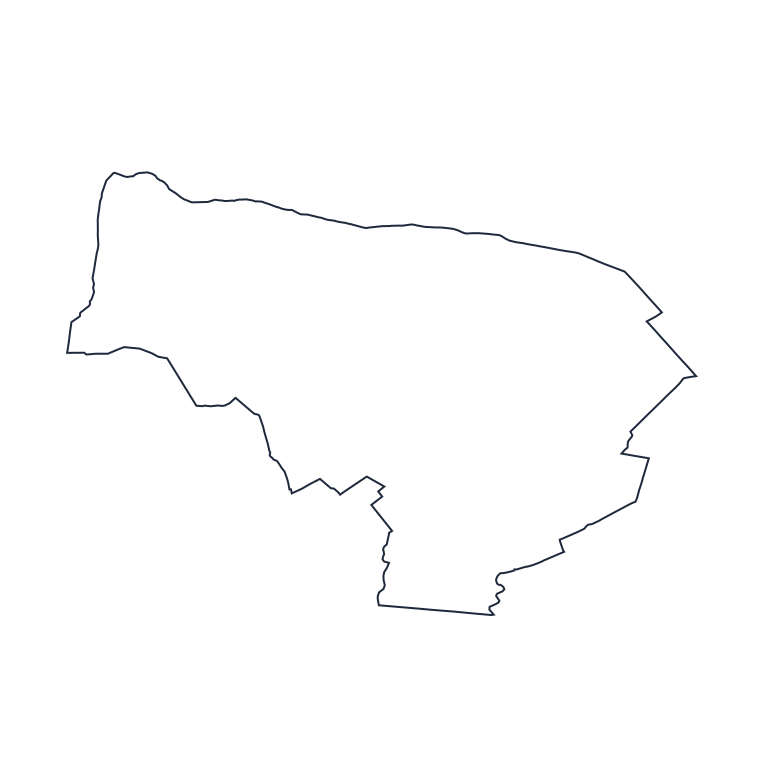 the district of Piscolt, Satu Mare, Romania, rotated 353°
{"feature_id": "2599482B22102589604948", "entity_name": "Piscolt", "entity_type": "district", "adm_level": 2, "iso_a3": "ROU", "parent_name": "Romania", "parent_adm1": "Satu Mare", "projection": "equal_earth", "projection_center": [22.262, 47.586], "detail": "fine", "context": "isolated", "style": "outline", "palette": "slate", "viewbox_px": 768, "rotation_deg": 353, "n_neighbors": 0, "source": "geoboundaries", "source_scale": "gbopen_adm2", "svg_char_len": 6154}
<svg xmlns="http://www.w3.org/2000/svg" viewBox="0 0 768 768"><g transform="rotate(353 384 384)"><path d="M637.8,490.0L624.1,485.9L611.3,482.0L614.2,479.4L615.0,478.7L616.8,477.5L617.9,476.9L618.0,476.7L618.4,474.3L619.0,471.4L620.0,469.9L622.1,467.9L623.5,466.5L623.9,465.9L624.1,465.3L624.1,464.8L623.8,464.1L623.5,463.0L622.8,461.3L633.5,453.1L643.5,445.4L656.9,435.2L663.6,430.0L673.4,422.7L677.7,419.2L681.1,415.7L682.6,414.7L690.7,414.3L694.7,414.2L688.8,405.6L684.8,399.9L683.5,398.2L677.7,390.0L671.6,381.1L662.7,368.5L662.2,367.7L658.2,361.9L652.4,353.9L662.4,350.0L664.9,348.7L668.5,346.8L665.8,342.8L658.0,331.8L649.7,319.8L641.2,308.0L636.6,301.8L624.3,295.3L617.2,291.6L614.2,289.9L611.1,288.2L605.9,285.1L604.0,284.1L601.3,282.6L599.1,281.3L593.6,278.2L591.7,277.4L590.0,276.8L588.1,276.3L586.6,275.8L580.2,274.1L574.3,272.3L559.1,267.4L555.3,266.3L551.5,265.0L548.6,264.2L542.7,262.4L538.6,261.0L534.3,259.9L531.1,258.9L525.8,256.9L525.3,256.5L522.8,254.9L522.0,254.3L519.4,252.1L518.3,251.3L517.1,250.5L516.0,250.1L510.4,248.9L507.8,248.3L507.5,248.1L497.6,246.1L497.2,246.0L490.2,245.1L485.1,244.8L483.0,244.4L480.3,243.1L476.6,240.8L474.6,239.8L471.9,238.6L470.7,238.2L464.5,236.7L460.6,235.8L458.8,235.5L455.0,235.0L453.1,234.7L448.7,233.9L446.2,233.5L444.4,233.2L442.0,232.5L440.1,231.9L437.7,231.1L436.1,230.7L433.7,229.7L430.6,229.0L428.7,229.0L424.7,229.1L422.8,229.1L420.0,228.9L417.5,228.5L414.6,228.3L410.1,227.8L409.6,227.9L409.3,228.0L405.9,227.6L401.3,227.1L398.7,227.1L395.6,227.0L391.9,227.0L390.1,226.9L388.7,226.9L385.9,227.0L385.4,227.0L384.7,226.9L380.4,225.4L376.0,223.5L372.8,222.3L371.8,221.8L370.8,221.4L368.8,220.8L368.3,220.6L366.8,220.0L365.5,219.4L361.3,218.3L357.7,217.2L354.2,215.7L353.2,215.5L349.3,214.5L348.2,214.2L347.1,213.8L344.3,212.5L343.5,212.1L341.8,211.3L341.3,211.1L339.5,210.6L338.7,210.4L337.8,210.0L336.7,209.5L334.2,208.6L328.7,206.5L328.0,206.4L326.7,206.2L325.0,205.9L323.5,205.7L322.2,205.4L321.5,205.1L315.9,201.5L313.8,200.0L312.8,199.9L311.0,199.7L310.0,199.5L309.0,199.3L308.0,199.0L305.4,198.1L304.4,197.8L302.3,196.7L301.1,196.0L300.1,195.6L299.0,195.2L297.1,194.2L296.4,193.9L292.3,191.7L287.2,189.3L285.1,188.2L284.2,187.9L283.2,187.8L281.6,187.5L280.0,187.2L278.7,187.2L277.2,186.4L275.6,185.7L273.4,185.0L272.0,184.6L271.0,184.3L270.2,184.0L266.5,183.7L264.7,183.6L264.1,183.5L262.8,183.3L261.2,183.5L259.0,183.6L257.9,184.0L256.9,183.7L255.1,183.4L253.9,183.4L250.5,183.2L249.3,183.1L248.0,182.9L247.1,182.7L245.8,182.2L244.1,181.8L243.1,181.7L241.9,181.4L239.6,180.7L238.4,180.5L237.7,180.6L234.6,181.3L231.5,181.8L231.1,181.8L225.7,181.3L219.4,180.7L217.4,180.5L215.7,180.3L214.5,179.9L212.0,178.4L207.9,176.2L205.9,174.6L205.2,174.0L203.5,172.4L202.9,171.7L202.6,171.3L200.3,169.1L199.5,168.4L198.4,167.6L197.8,167.1L196.7,166.2L195.5,165.1L195.1,164.8L194.5,164.4L194.3,164.0L193.9,162.9L193.4,161.5L193.1,160.7L192.7,160.0L192.3,159.6L191.3,158.2L190.4,157.0L189.1,155.9L188.4,155.4L187.8,155.1L187.0,154.8L186.2,154.3L185.7,153.8L184.0,152.3L183.7,151.9L183.2,150.7L182.5,149.6L181.3,148.5L179.7,147.3L178.2,146.5L175.5,145.3L174.6,145.1L171.9,145.0L167.1,144.8L165.4,145.0L164.1,145.3L162.7,145.8L160.5,147.2L159.8,147.2L158.3,147.1L155.6,147.2L154.3,147.2L151.8,146.4L150.5,145.7L146.0,143.3L142.5,141.6L141.3,141.6L133.2,148.2L131.7,151.2L129.5,155.8L127.2,160.5L126.4,164.4L124.3,168.6L122.8,174.9L121.3,180.2L119.9,185.9L118.7,196.8L118.6,197.3L118.0,201.7L117.5,211.0L116.3,215.5L115.0,218.6L112.0,228.8L110.2,235.2L107.6,243.5L108.3,249.2L108.2,250.2L107.3,251.9L107.0,254.1L107.4,256.1L107.4,257.2L107.0,258.3L106.6,259.2L105.4,261.5L104.8,263.0L103.8,264.6L103.4,265.1L102.6,265.6L102.2,266.0L102.0,266.8L102.0,267.7L102.0,268.5L101.8,269.0L101.4,269.9L100.1,271.0L96.9,272.8L94.4,274.4L92.1,275.7L91.2,276.3L90.3,279.8L81.3,284.5L78.6,294.6L76.2,304.3L73.3,314.5L90.2,316.4L92.1,318.4L94.9,318.6L101.2,318.8L113.6,320.3L125.0,317.1L129.7,315.9L130.9,315.8L145.8,319.1L157.0,325.0L163.4,329.5L171.9,332.1L195.1,382.7L201.1,383.9L203.4,383.6L209.3,385.0L212.0,385.0L216.6,385.1L220.1,385.9L222.2,386.1L224.0,385.8L228.6,384.2L234.8,379.7L235.0,379.7L250.1,396.2L250.9,397.0L251.1,397.2L252.0,397.9L252.7,398.3L253.9,398.5L255.5,399.3L255.8,399.6L256.1,399.9L256.6,401.0L256.9,402.5L258.8,411.6L259.4,417.1L261.4,429.4L262.0,435.9L262.7,438.5L262.6,438.8L262.1,439.9L262.0,440.4L261.9,440.9L262.1,441.4L262.5,442.2L263.9,443.5L265.1,445.4L266.9,446.5L268.5,447.4L270.4,451.0L271.6,453.6L272.5,455.4L274.6,458.7L276.1,465.3L276.9,470.4L277.3,477.2L278.8,477.2L279.0,480.3L279.2,481.2L279.2,481.3L289.5,478.0L299.0,474.0L308.9,470.4L318.6,481.0L321.6,481.7L325.6,486.2L326.9,488.5L333.4,485.0L355.6,473.8L371.8,485.8L365.2,489.9L368.5,495.5L356.7,502.5L374.1,530.8L371.2,532.1L370.7,532.9L370.6,533.8L367.1,543.7L364.9,545.0L363.5,546.6L362.9,548.7L363.2,549.7L363.4,552.8L361.8,555.7L361.2,557.9L361.9,559.2L362.6,560.3L367.2,562.1L364.4,567.0L361.3,570.7L360.1,574.1L359.7,578.5L360.3,583.7L358.5,587.4L353.7,590.2L352.1,593.5L351.6,596.0L351.9,603.0L391.1,611.2L404.6,614.1L426.1,618.5L443.7,622.4L462.5,626.4L464.8,626.3L461.1,620.8L461.7,618.0L464.7,617.1L468.0,616.1L471.1,614.8L472.1,613.2L469.5,608.2L470.0,606.7L470.8,605.9L476.2,604.3L478.4,602.5L477.7,599.9L476.7,598.9L475.4,597.7L474.6,597.5L474.1,597.4L473.0,597.0L472.6,596.6L471.9,595.8L471.7,594.7L471.4,593.7L471.4,593.3L471.4,592.0L471.7,591.2L472.9,589.1L473.5,588.3L474.1,587.7L475.1,587.0L475.9,586.3L477.2,586.0L479.0,586.2L480.2,586.2L482.3,586.1L490.2,585.1L490.9,583.9L492.6,584.1L492.7,584.3L502.8,582.6L503.2,582.6L503.5,582.7L503.6,582.8L509.0,582.0L514.2,580.8L519.8,579.2L520.8,578.7L542.3,572.5L541.5,570.8L540.9,568.2L539.5,561.2L539.5,559.9L540.2,559.8L558.8,554.3L561.8,553.2L563.7,552.6L564.5,552.3L565.2,552.0L565.6,551.6L567.3,550.0L568.4,549.2L569.1,548.8L569.7,548.6L570.3,548.5L571.0,548.4L571.7,548.4L573.0,548.5L574.0,548.2L580.7,546.0L583.4,544.8L598.0,539.1L610.0,534.5L614.5,532.8L617.9,531.8L619.3,531.5L621.5,527.5L624.0,521.2L624.1,520.6L625.0,519.1L628.9,510.5L629.3,508.9L630.2,507.3L630.3,507.1L637.8,490.0Z" fill="none" stroke="#1e293b" stroke-width="2"/></g></svg>